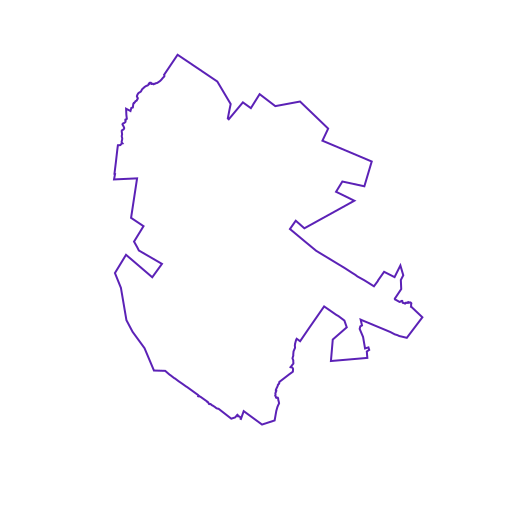 Gran Morelos, Chihuahua, Mexico (Albers equal-area conic projection), rotated 203°
{"feature_id": "50627088B37419828791353", "entity_name": "Gran Morelos", "entity_type": "district", "adm_level": 2, "iso_a3": "MEX", "parent_name": "Mexico", "parent_adm1": "Chihuahua", "projection": "albers", "projection_center": [-106.583, 28.304], "detail": "fine", "context": "isolated", "style": "outline", "palette": "violet", "viewbox_px": 512, "rotation_deg": 203, "n_neighbors": 0, "source": "geoboundaries", "source_scale": "gbopen_adm2", "svg_char_len": 5917}
<svg xmlns="http://www.w3.org/2000/svg" viewBox="0 0 512 512"><g transform="rotate(203 256 256)"><path d="M176.9,163.8L176.9,164.1L177.1,164.6L177.6,166.1L177.8,166.5L178.1,166.9L178.4,167.1L178.7,167.3L179.0,167.4L179.5,167.4L180.0,167.4L180.4,167.3L180.7,167.1L180.8,167.1L180.8,167.4L180.4,168.3L180.1,169.7L179.6,171.3L179.6,171.7L179.7,172.0L180.4,173.3L180.8,174.2L180.9,174.5L181.2,174.8L181.7,175.3L182.1,175.7L182.4,176.0L182.5,176.3L182.6,177.3L182.7,178.3L182.7,178.7L183.1,179.6L183.3,180.1L184.0,182.3L184.1,182.7L184.2,182.9L184.2,183.5L184.2,186.2L184.2,186.7L184.3,187.0L184.9,188.1L185.2,188.6L185.3,189.0L185.5,189.6L185.6,190.1L185.8,190.6L185.8,191.0L186.0,192.1L186.1,193.1L186.2,193.7L186.3,194.4L186.2,195.7L182.1,194.8L178.9,210.8L175.7,226.1L173.6,236.2L159.2,233.2L156.6,232.9L149.4,231.1L144.6,225.8L152.7,209.1L146.0,188.6L113.7,205.7L116.7,211.4L115.1,213.8L116.8,215.8L119.5,213.5L125.8,223.3L132.1,229.4L132.5,232.0L131.3,233.5L134.8,238.3L132.7,238.3L120.1,238.4L107.6,238.5L102.5,238.5L97.6,238.1L96.7,238.2L95.9,238.3L94.7,238.4L93.2,238.3L92.2,238.4L90.7,238.7L85.2,239.6L78.9,264.6L92.6,269.7L92.9,269.8L93.1,269.8L93.4,269.8L93.5,269.8L93.6,270.5L93.8,270.9L93.9,271.1L94.3,272.0L94.4,272.5L94.4,272.9L94.6,273.2L95.2,273.5L95.8,273.6L96.3,273.4L96.6,273.0L96.8,272.8L97.2,272.8L97.5,273.1L97.9,273.1L98.0,272.8L98.0,272.5L98.0,272.3L98.0,272.2L98.3,272.2L98.6,272.2L98.8,272.1L99.0,271.9L99.0,271.7L99.3,271.6L99.6,271.6L99.9,271.5L100.0,271.4L100.0,271.2L99.9,270.9L100.0,270.7L100.2,270.4L100.7,270.5L101.0,270.5L101.4,270.4L101.8,270.4L102.1,270.3L102.3,270.2L102.7,270.3L102.9,270.5L103.5,271.3L103.6,271.6L103.8,271.8L104.0,271.8L104.2,271.7L104.6,271.4L105.0,270.7L105.5,270.1L105.9,269.8L110.2,270.3L111.0,270.3L111.4,270.6L111.6,271.1L111.3,272.3L109.4,282.3L113.3,290.5L112.9,295.8L119.4,303.7L120.2,290.7L131.9,291.5L134.1,281.3L134.1,280.4L135.6,274.2L146.9,276.0L154.6,276.8L155.5,277.0L156.9,277.4L158.1,277.6L161.3,278.1L169.2,279.5L202.6,284.3L217.1,288.6L235.3,294.1L233.2,304.0L222.3,300.4L187.1,345.3L207.4,346.4L205.6,358.3L183.5,362.5L186.4,388.2L239.9,388.1L239.4,400.2L239.4,401.5L275.8,415.4L296.8,401.5L315.9,406.4L318.5,390.1L328.1,392.3L334.5,371.2L335.7,371.6L337.5,380.0L338.7,386.0L359.8,401.5L406.8,410.6L411.4,386.9L411.0,386.6L410.8,386.1L410.6,385.7L410.7,385.3L410.9,384.5L411.1,384.2L411.3,383.6L411.5,383.1L411.8,381.9L412.3,380.5L412.7,379.6L413.1,378.9L413.6,378.2L414.4,376.9L414.7,376.6L415.2,376.2L415.8,375.8L416.1,375.6L416.2,375.2L416.5,374.9L416.9,374.7L417.1,374.4L417.3,374.1L417.5,374.0L418.0,374.2L418.2,374.3L418.5,374.2L419.1,373.6L419.4,373.5L419.5,373.5L419.7,373.9L419.8,374.1L420.0,374.2L420.2,374.3L420.4,374.4L420.5,374.4L420.8,374.3L421.0,374.2L421.3,374.1L421.6,373.8L421.6,373.5L421.6,373.2L421.8,373.0L422.0,372.8L422.0,372.6L421.8,372.5L421.6,372.4L422.4,370.6L423.4,369.8L423.6,369.5L423.8,369.2L424.6,368.1L425.0,367.1L425.2,366.7L425.3,366.4L425.5,366.1L426.0,364.9L426.2,362.5L426.8,361.5L427.2,361.0L427.5,360.6L427.9,359.9L428.1,359.0L428.1,358.3L428.2,357.9L428.2,357.5L428.1,357.1L428.1,356.6L427.8,356.1L426.8,355.5L426.6,355.2L426.3,354.7L426.3,354.4L426.4,354.1L426.6,353.7L426.5,353.2L426.5,352.8L426.6,352.4L426.9,351.9L427.4,351.5L427.6,350.1L428.0,349.5L428.3,349.2L428.3,348.8L428.1,348.7L428.4,348.1L427.4,344.6L428.2,343.9L428.6,343.6L428.2,340.4L433.1,340.8L430.5,335.3L428.5,331.8L429.0,331.0L429.5,330.6L429.5,330.1L429.1,329.7L428.8,329.5L428.6,328.2L429.0,327.5L429.5,326.7L430.1,326.2L430.4,325.5L430.3,324.9L429.8,324.5L429.4,324.2L429.0,323.9L428.3,323.3L427.6,322.7L427.3,322.2L427.2,321.7L427.3,321.2L427.5,320.5L428.1,320.0L428.4,319.5L428.5,318.7L428.1,317.9L427.8,317.4L427.5,316.9L427.2,316.4L426.7,315.4L426.6,314.5L426.4,313.8L426.0,313.2L425.5,312.6L424.9,311.6L424.5,309.7L424.4,308.9L424.2,308.5L424.1,308.2L422.9,307.5L423.6,307.0L424.2,305.1L425.3,304.5L426.4,304.0L425.3,300.0L421.9,288.5L421.2,286.1L418.4,276.3L417.8,276.4L416.6,271.0L395.8,281.0L385.9,242.3L371.2,239.5L373.9,221.6L368.7,217.6L366.0,215.3L339.5,212.0L343.2,195.9L367.5,203.6L376.1,206.3L379.2,185.2L367.9,173.9L350.2,146.3L340.0,138.0L322.6,127.6L305.2,110.7L294.7,114.8L289.2,113.0L288.6,112.9L288.0,112.8L285.8,112.2L285.0,112.0L283.5,111.6L283.1,111.6L282.7,111.6L278.4,110.5L273.9,109.6L270.8,108.9L269.0,108.5L268.5,108.5L254.9,105.4L254.6,105.2L254.5,104.9L254.4,104.8L254.4,104.6L254.4,104.3L254.2,104.3L254.1,104.5L253.8,105.0L253.7,105.0L253.4,104.9L253.3,104.7L253.1,104.7L252.8,104.7L252.0,104.7L243.8,102.9L243.5,102.8L243.5,102.6L243.4,102.6L243.2,102.7L242.8,102.6L242.3,102.1L241.9,101.7L241.4,101.4L241.1,101.4L240.9,101.6L240.7,101.8L240.4,101.9L240.0,102.0L239.6,101.9L239.2,101.7L238.5,101.4L238.2,101.4L237.7,101.5L237.5,101.4L236.9,101.3L235.0,101.0L233.3,100.5L232.6,100.4L231.7,100.5L231.1,100.7L230.6,100.7L215.2,96.6L212.2,99.2L211.9,99.9L211.7,100.7L211.5,101.2L211.3,101.8L211.2,102.4L211.1,102.6L210.6,102.4L210.3,102.0L210.1,101.5L209.9,101.4L209.7,101.5L209.3,101.8L209.0,101.7L208.4,101.7L207.9,101.6L207.4,101.5L207.1,101.1L206.9,100.8L206.6,100.4L206.5,100.1L206.2,100.1L206.7,108.4L184.6,103.2L174.6,111.9L176.8,121.4L177.1,123.8L177.3,125.5L177.3,127.6L177.2,128.9L177.2,129.4L177.5,129.9L178.0,130.6L178.5,131.3L179.2,132.1L179.7,133.1L180.2,133.8L180.6,134.1L181.0,134.0L181.5,133.6L181.7,133.4L182.0,133.4L182.3,133.5L182.4,133.8L182.9,134.4L183.2,134.6L183.4,134.7L183.6,134.8L183.8,135.0L183.8,135.4L183.8,135.7L183.9,136.1L184.6,137.3L184.6,137.5L184.5,138.2L184.6,138.6L184.7,139.0L184.8,139.1L184.9,139.3L184.6,139.7L184.6,139.8L184.7,140.0L184.9,140.0L185.1,140.1L185.3,140.2L185.4,140.4L185.4,140.6L185.4,141.4L185.4,142.2L185.4,142.6L185.3,143.0L185.3,144.6L185.3,145.5L185.5,145.9L185.4,146.4L185.3,146.7L185.1,147.0L184.9,147.4L184.9,147.9L185.1,148.5L185.3,148.8L185.3,149.2L179.1,160.2L176.9,163.8Z" fill="none" stroke="#5b21b6" stroke-width="2"/></g></svg>